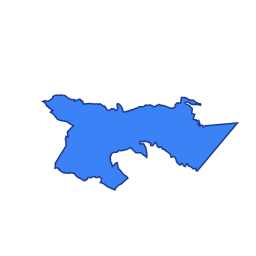 the district of Tomatlán, Veracruz, Mexico, rotated 134°
{"feature_id": "50627088B86520659550997", "entity_name": "Tomatlán", "entity_type": "district", "adm_level": 2, "iso_a3": "MEX", "parent_name": "Mexico", "parent_adm1": "Veracruz", "projection": "mercator", "projection_center": [-96.998, 19.019], "detail": "fine", "context": "isolated", "style": "filled", "palette": "blue", "viewbox_px": 256, "rotation_deg": 134, "n_neighbors": 0, "source": "geoboundaries", "source_scale": "gbopen_adm2", "svg_char_len": 5897}
<svg xmlns="http://www.w3.org/2000/svg" viewBox="0 0 256 256"><g transform="rotate(134 128 128)"><path d="M207.6,152.5L206.7,152.2L206.2,151.7L205.6,150.6L205.1,149.3L206.1,148.5L206.1,148.2L205.5,147.1L205.6,145.7L205.2,144.5L205.1,143.8L204.8,142.9L204.0,142.0L203.6,141.5L202.6,140.5L201.2,138.6L200.5,138.6L200.0,138.3L199.7,138.0L199.3,136.9L198.2,135.4L197.7,135.2L198.0,134.7L198.3,133.9L198.4,129.8L197.2,126.9L196.8,124.4L196.1,122.6L195.8,122.3L195.5,122.3L194.9,122.3L193.5,121.7L193.1,121.9L192.6,122.5L192.3,122.4L190.6,121.9L190.5,121.3L189.7,120.3L189.1,119.9L187.7,119.8L187.1,119.2L186.4,118.4L185.8,117.8L185.6,117.5L186.0,116.8L185.9,116.5L184.5,115.3L183.9,115.1L183.3,115.0L183.1,114.7L182.9,114.3L182.8,113.7L183.1,111.7L183.8,111.0L184.3,110.7L185.6,110.2L186.5,110.0L186.0,109.4L185.5,108.3L185.0,106.5L184.6,105.1L184.8,104.4L184.4,101.9L181.7,94.5L179.6,95.0L178.2,95.2L175.0,95.0L173.4,94.1L172.9,94.1L171.7,93.8L169.2,93.9L167.6,93.8L166.1,93.5L164.2,93.2L163.8,95.6L164.1,95.9L164.5,100.2L164.2,101.7L163.8,104.1L163.9,106.4L162.6,108.8L160.4,111.6L161.5,112.3L162.6,112.5L165.0,112.3L166.4,112.3L166.6,112.5L166.6,112.8L165.5,114.1L164.6,115.6L164.4,117.5L164.0,117.8L163.4,118.0L163.0,118.3L162.8,119.3L162.4,119.7L161.4,120.1L161.2,121.3L160.2,121.1L159.3,121.2L158.7,121.8L157.9,121.9L156.5,122.0L152.8,119.1L151.5,118.9L150.9,118.9L150.3,119.0L149.1,117.1L144.3,113.9L140.3,112.7L140.4,105.2L137.0,101.6L136.1,94.1L134.7,95.3L133.7,96.4L129.8,101.5L128.6,105.6L129.3,106.6L130.6,107.8L131.4,108.4L129.4,110.2L128.8,109.6L128.4,108.9L127.9,108.1L126.9,107.2L126.2,106.9L124.4,104.6L124.1,103.9L124.1,103.6L123.9,103.0L123.4,101.7L123.3,101.0L124.0,100.5L124.4,100.2L124.7,99.6L124.6,99.0L124.3,98.6L123.6,98.1L122.8,98.0L122.0,97.9L121.0,98.3L120.0,98.3L119.5,97.8L119.1,97.8L119.2,97.4L119.4,97.1L119.8,96.2L120.2,95.5L120.6,94.5L120.8,93.7L120.7,93.0L120.7,92.5L120.6,92.2L120.4,92.0L119.6,91.7L119.0,91.3L118.8,91.0L118.5,90.9L118.4,90.7L118.5,90.0L118.8,89.6L119.0,89.2L119.1,88.5L119.0,88.1L118.8,87.7L118.2,87.0L117.9,86.7L118.3,85.7L118.2,84.9L117.7,82.7L117.7,81.7L117.5,80.5L117.5,79.5L117.6,78.9L118.1,78.2L118.7,77.5L119.0,77.2L119.0,76.7L118.8,76.5L118.4,76.3L117.8,75.9L117.4,75.9L117.3,75.7L116.8,75.3L116.7,74.3L116.7,73.7L116.9,72.7L117.4,71.3L118.2,70.3L118.5,69.6L118.7,68.9L118.7,68.2L118.6,67.4L118.7,65.6L118.4,64.7L117.9,64.5L117.0,64.8L116.6,65.0L116.1,64.8L116.1,64.0L116.2,63.4L116.1,62.8L116.2,62.1L116.3,61.8L116.4,61.7L116.5,61.1L116.5,60.9L116.1,60.1L115.6,60.2L114.5,60.4L114.1,60.6L113.3,60.9L112.5,60.7L112.3,60.5L112.3,60.1L112.8,59.4L113.1,58.9L113.2,58.1L113.1,57.6L112.1,55.5L112.1,52.7L111.6,52.1L110.6,51.9L110.1,51.3L110.1,51.0L110.4,50.4L110.8,50.2L111.1,49.8L111.1,49.2L111.0,48.3L48.4,52.8L72.6,73.8L75.0,74.6L74.2,76.3L77.1,78.2L76.4,79.4L75.3,78.8L74.6,80.1L75.4,80.4L75.8,80.6L74.3,80.7L73.4,82.5L75.6,83.6L74.8,84.8L75.2,85.2L75.8,85.9L76.0,86.3L76.5,87.3L71.8,89.5L72.4,90.6L73.2,92.4L69.3,95.3L69.5,96.6L69.2,98.9L69.6,100.4L70.5,102.7L70.6,103.3L70.5,103.8L70.1,104.3L69.6,104.5L68.8,104.3L68.3,103.8L67.6,102.5L67.1,100.0L66.9,99.2L65.8,97.4L64.6,96.0L64.5,95.8L63.9,96.0L61.4,91.9L61.3,91.7L60.7,91.8L60.3,92.4L60.4,92.9L61.3,94.0L61.6,94.6L61.7,95.4L62.2,96.6L62.6,99.4L62.7,99.8L62.6,100.5L63.3,101.0L63.7,101.3L64.6,102.8L64.8,103.1L65.1,103.7L65.6,104.9L65.6,105.8L66.0,106.5L66.2,107.7L66.8,108.5L67.0,108.6L67.6,109.4L68.6,110.5L69.1,110.7L70.3,109.6L71.5,109.0L72.7,108.1L73.3,107.7L73.8,107.7L74.9,109.0L75.2,109.0L75.8,110.1L76.4,110.3L77.0,110.1L78.5,110.1L79.2,109.5L80.0,109.0L81.1,109.0L82.2,109.2L83.3,110.3L83.9,110.8L84.5,111.4L84.7,112.4L84.9,113.0L85.2,113.3L86.2,116.0L87.0,117.5L87.3,118.3L87.6,118.7L88.1,119.1L88.7,119.7L88.9,120.1L89.1,121.6L89.4,121.8L90.3,122.1L91.6,123.1L93.5,123.1L93.9,123.4L94.6,124.4L95.0,125.1L95.3,125.8L95.3,126.5L95.7,127.3L96.0,128.0L97.6,129.3L98.2,129.8L98.9,130.7L99.2,131.3L99.7,131.4L100.7,131.3L101.6,131.7L102.3,132.1L102.9,132.5L103.4,133.2L103.9,133.8L104.6,134.5L105.5,134.8L107.0,135.1L109.1,136.4L110.5,136.8L111.6,137.2L112.3,138.3L113.4,138.3L114.3,138.8L114.8,138.8L115.2,139.4L115.6,139.7L116.0,139.7L116.8,140.5L117.5,140.5L118.4,141.4L118.8,141.5L119.3,142.0L119.5,142.5L119.5,143.1L118.9,143.8L118.5,144.6L118.3,145.2L117.9,145.7L117.6,146.5L117.4,147.1L117.2,148.6L117.0,149.1L117.0,150.6L117.1,151.3L117.6,152.3L118.2,152.5L118.6,152.2L119.3,151.7L120.2,150.3L120.4,149.9L120.7,149.3L121.0,149.2L121.3,149.0L121.6,148.9L122.2,148.8L123.6,148.9L124.1,149.5L123.9,151.3L125.8,153.4L128.0,153.5L128.8,154.1L129.4,156.0L129.2,157.6L128.6,158.8L128.7,160.2L129.1,160.2L129.4,161.9L130.0,164.9L130.9,165.0L131.4,166.1L132.8,167.7L134.0,168.7L136.9,172.5L137.3,172.8L139.0,174.4L140.0,175.1L140.6,175.3L140.9,176.4L141.4,176.4L141.0,177.9L140.4,179.2L140.4,179.9L141.3,179.9L141.3,180.5L141.1,181.0L140.5,182.1L140.8,182.8L142.1,183.5L145.4,184.6L145.9,185.0L144.7,186.2L145.4,187.0L146.5,188.0L147.0,188.6L147.3,189.2L147.6,190.6L147.8,191.2L148.2,192.7L148.2,193.8L148.5,195.8L148.9,196.4L149.4,197.0L149.7,197.4L150.3,197.8L150.6,198.9L151.2,199.4L151.6,199.6L153.3,201.4L153.8,202.0L154.5,202.5L155.3,203.2L157.0,203.7L157.7,203.8L158.3,203.3L158.7,203.0L159.6,203.1L161.2,203.2L162.0,203.4L162.9,203.8L163.7,203.9L164.4,204.3L164.9,204.7L165.3,205.4L165.6,206.2L166.1,206.8L166.9,207.3L168.1,207.7L167.7,206.5L167.6,205.6L167.7,204.5L167.9,203.7L167.8,202.7L168.6,202.0L168.7,201.3L168.3,201.1L168.2,200.5L168.0,199.9L168.1,199.4L168.4,199.0L168.0,198.2L168.2,197.9L168.1,195.8L167.6,194.9L167.5,194.2L169.5,194.6L170.5,194.8L169.8,191.5L169.8,191.0L170.2,188.5L170.7,185.0L170.2,183.3L169.6,182.0L166.3,177.2L166.1,176.8L165.8,175.9L165.3,172.8L164.3,168.9L172.9,168.9L173.8,167.9L176.3,164.8L176.5,165.6L176.9,166.7L179.0,165.8L181.6,162.4L184.1,160.1L203.6,155.9L207.6,152.5Z" fill="#3b82f6" stroke="#1e3a8a" stroke-width="1.5"/></g></svg>